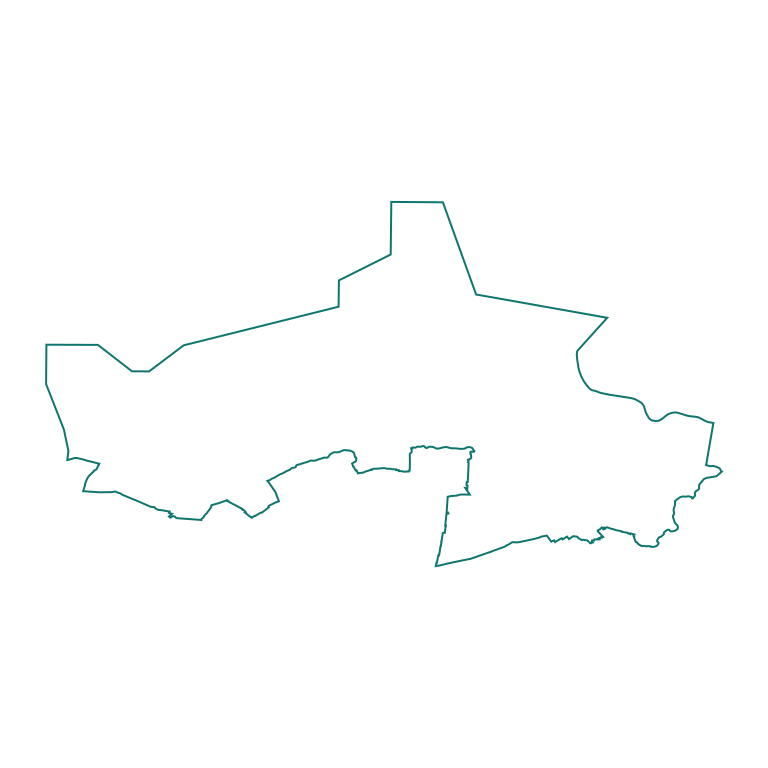 Noardeast-Fryslân, Friesland, Netherlands
{"feature_id": "6326949B34567378468725", "entity_name": "Noardeast-Fryslân", "entity_type": "district", "adm_level": 2, "iso_a3": "NLD", "parent_name": "Netherlands", "parent_adm1": "Friesland", "projection": "robinson", "projection_center": [6.071, 53.368], "detail": "fine", "context": "isolated", "style": "outline", "palette": "teal", "viewbox_px": 768, "rotation_deg": 0, "n_neighbors": 0, "source": "geoboundaries", "source_scale": "gbopen_adm2", "svg_char_len": 6039}
<svg xmlns="http://www.w3.org/2000/svg" viewBox="0 0 768 768"><path d="M650.9,546.7L653.0,546.9L654.3,546.8L656.5,546.0L657.3,545.4L658.4,543.9L658.6,542.9L658.4,542.3L657.3,541.6L657.1,541.2L657.1,540.7L657.4,539.9L658.6,537.9L659.1,537.4L661.1,536.6L663.4,534.7L663.9,534.0L663.8,533.3L663.9,532.6L665.8,530.8L667.4,529.9L668.6,529.7L669.4,530.0L670.0,530.8L670.7,531.3L671.3,531.4L673.6,531.1L675.8,530.4L677.6,528.8L677.9,527.4L677.8,525.9L675.6,523.6L674.7,522.3L672.9,516.7L673.1,515.4L673.9,514.2L674.1,513.5L674.2,512.7L673.7,511.1L673.6,509.7L673.8,508.6L674.6,506.2L675.1,503.9L675.0,501.1L676.7,499.6L679.6,497.6L680.3,497.2L682.6,496.5L685.4,496.6L689.1,496.3L690.3,496.8L691.2,496.9L691.7,497.2L692.0,498.2L692.2,498.4L692.7,498.4L692.8,498.0L694.4,496.7L694.9,495.8L695.0,495.4L694.9,492.8L695.3,492.0L696.0,491.1L698.1,489.8L699.1,488.6L699.1,485.3L699.3,484.6L700.9,482.6L701.6,482.1L701.8,481.5L703.7,479.3L704.6,478.7L707.2,477.8L715.2,476.5L716.5,476.1L717.2,475.6L721.9,471.5L721.0,470.9L719.8,468.5L717.4,467.2L713.2,465.9L710.1,466.2L706.1,465.1L713.4,423.0L708.4,422.1L705.5,421.1L700.6,418.4L698.2,417.3L695.1,416.7L690.5,416.3L687.7,415.8L679.2,413.2L675.8,412.4L672.8,412.7L669.9,413.5L668.4,414.1L666.0,415.7L661.9,419.0L659.0,420.6L657.4,420.9L655.8,421.0L654.0,420.8L652.4,420.5L651.1,420.0L650.0,419.2L648.9,418.1L645.9,412.7L644.4,407.9L644.3,407.0L642.6,404.1L641.5,402.9L640.5,402.2L635.6,399.5L634.1,398.9L631.2,398.1L610.0,394.8L601.9,393.2L600.0,392.7L595.5,391.0L592.1,390.2L589.6,388.7L587.0,385.6L583.9,381.4L581.5,376.9L580.4,374.1L579.3,371.1L578.5,367.8L577.2,359.5L576.8,354.7L577.0,352.3L577.4,350.8L607.2,317.8L476.1,294.5L442.9,202.3L391.3,201.9L390.7,254.5L338.9,280.4L338.6,306.7L183.7,345.3L149.1,371.4L132.0,371.3L97.9,344.9L46.4,344.7L46.1,384.1L63.9,429.5L68.4,450.9L67.3,460.0L70.4,459.3L74.6,458.0L76.8,458.0L83.7,459.6L87.8,460.9L91.0,461.6L99.2,463.7L98.5,464.9L98.7,465.0L97.2,467.8L96.7,469.0L94.9,470.4L93.9,470.7L93.7,471.5L90.8,474.0L88.6,476.4L87.8,477.7L86.8,479.4L85.1,483.9L85.0,485.1L83.2,491.2L99.7,492.3L111.9,492.1L115.1,491.5L118.4,492.9L119.7,493.2L121.0,493.7L122.0,494.6L127.9,497.1L135.6,500.2L150.5,506.7L152.6,507.1L153.4,507.0L154.5,507.2L155.4,508.4L157.6,509.6L158.8,509.9L163.9,510.5L165.2,510.9L169.6,511.5L169.0,512.9L172.1,513.8L169.0,516.5L169.9,517.1L170.0,517.5L171.0,517.4L172.8,516.2L173.3,516.1L174.7,516.5L176.3,518.0L177.2,518.2L200.5,519.9L201.4,520.1L201.6,519.0L202.9,517.9L203.8,516.8L204.0,516.2L205.6,514.3L207.2,512.8L207.4,512.3L209.4,509.7L211.3,506.8L211.3,505.5L211.5,505.2L219.2,503.0L225.7,500.7L226.9,500.1L227.7,500.7L227.1,500.9L242.3,508.9L242.0,509.4L242.1,509.5L244.7,510.7L244.9,511.5L245.6,512.1L244.9,512.5L251.0,517.4L251.4,517.1L252.0,517.6L253.4,516.6L254.7,515.9L255.1,516.0L260.1,513.0L261.5,512.5L261.8,512.7L268.8,507.4L268.4,506.8L268.5,506.1L268.8,505.8L275.7,502.4L278.9,501.3L275.4,492.0L268.2,481.7L267.4,480.9L269.8,480.1L272.0,478.6L274.6,477.6L279.4,474.6L283.2,473.1L286.5,471.1L289.5,470.0L291.4,468.5L292.2,468.0L295.2,467.3L295.8,466.9L296.2,465.6L296.9,465.0L301.3,463.8L302.9,463.2L306.9,462.1L310.4,460.7L311.3,460.6L314.0,460.8L315.4,460.5L317.0,459.9L323.9,457.7L324.8,457.6L327.2,457.7L328.0,457.2L330.0,454.5L332.5,452.9L333.3,452.5L334.9,452.2L336.6,452.4L339.0,452.1L343.3,450.3L344.3,450.1L349.9,450.6L352.3,451.5L353.8,452.7L354.6,455.1L354.9,457.0L355.7,457.3L356.4,458.2L356.1,458.9L356.2,460.1L355.6,461.5L354.0,462.2L352.1,463.5L353.2,466.6L353.6,466.5L355.2,469.7L355.4,469.7L355.8,470.5L356.5,470.3L358.0,473.4L359.6,473.0L363.2,472.6L365.9,471.4L368.2,470.8L369.9,470.1L371.5,469.9L371.3,469.5L373.7,468.8L378.2,468.6L383.4,468.1L384.9,468.2L387.3,468.8L389.8,468.7L392.0,469.2L396.2,469.4L396.2,470.1L398.8,470.2L398.9,471.1L401.9,471.2L404.0,471.7L408.6,471.5L408.6,470.7L409.7,470.6L409.9,462.7L409.8,454.0L409.9,453.7L410.2,453.6L411.5,452.3L411.8,451.2L411.6,450.5L411.2,448.3L412.4,448.4L412.4,447.6L413.6,447.5L415.5,447.7L417.4,446.6L420.4,446.8L423.3,446.0L424.3,446.3L425.7,447.8L426.5,448.0L427.2,447.9L428.9,446.8L430.2,446.7L433.2,447.0L436.0,448.4L438.4,448.6L443.6,447.3L446.0,447.0L447.2,447.2L450.5,448.1L452.4,448.3L455.5,448.3L459.7,448.8L461.9,448.9L464.3,448.7L467.4,447.2L469.6,447.1L470.5,447.3L472.2,448.0L472.8,448.7L473.8,450.6L474.4,451.2L473.8,451.8L471.1,451.6L470.3,452.1L470.5,454.0L470.8,454.0L471.3,457.7L471.1,458.2L470.2,458.7L469.0,459.5L467.9,459.8L468.0,460.2L468.4,460.6L468.6,461.0L468.1,462.2L468.6,462.5L468.6,463.0L468.2,473.5L467.7,482.0L466.7,482.1L466.5,485.3L467.5,485.5L467.3,488.5L466.9,488.2L465.3,488.0L469.8,494.6L460.6,494.5L456.7,495.6L451.3,496.0L447.7,496.8L446.6,512.7L448.0,512.5L448.4,513.5L446.5,513.9L445.2,525.5L445.9,525.6L445.8,526.3L445.6,526.3L444.8,532.8L443.6,532.7L442.8,533.0L441.7,540.2L441.6,540.4L441.3,541.4L441.5,541.5L440.9,545.8L440.6,545.8L439.3,554.1L439.1,554.2L438.9,555.6L438.2,555.6L436.9,562.6L436.5,562.6L435.8,566.1L440.1,565.4L447.2,563.6L460.5,560.8L470.6,558.8L489.8,552.1L490.2,552.2L491.6,551.4L504.1,546.9L505.9,546.1L506.4,545.5L508.8,544.4L512.2,542.2L517.4,542.4L520.4,541.9L533.9,539.0L539.2,537.6L541.4,536.6L546.8,535.6L551.3,541.7L554.0,540.3L555.1,542.0L555.2,541.9L561.3,538.4L561.8,538.3L562.6,539.4L567.0,536.6L569.0,539.1L573.2,536.2L576.9,536.6L578.6,538.2L581.5,540.0L582.4,539.8L583.6,539.8L587.4,540.5L590.4,543.3L590.7,543.3L591.8,542.7L592.7,542.5L592.5,542.3L591.7,542.2L592.1,540.4L594.1,540.5L594.5,539.4L598.9,539.4L598.3,538.7L599.9,538.4L599.5,537.9L601.4,537.0L602.1,537.6L603.2,537.0L597.8,531.3L597.7,530.5L600.0,529.2L601.8,527.5L603.5,529.4L605.1,528.7L604.4,527.7L605.7,527.7L607.1,527.3L612.2,529.1L612.7,529.0L616.2,530.2L620.9,531.1L621.9,531.4L621.8,531.7L622.3,531.9L627.8,532.8L627.8,533.2L630.2,534.1L630.4,533.4L633.7,534.3L633.3,534.5L634.1,536.0L633.6,536.2L635.8,542.1L637.3,542.5L637.6,543.4L638.2,543.8L639.1,544.8L639.5,544.8L641.6,546.0L643.7,545.9L646.4,546.3L648.5,546.1L650.9,546.5L650.9,546.7Z" fill="none" stroke="#0f766e" stroke-width="2"/></svg>